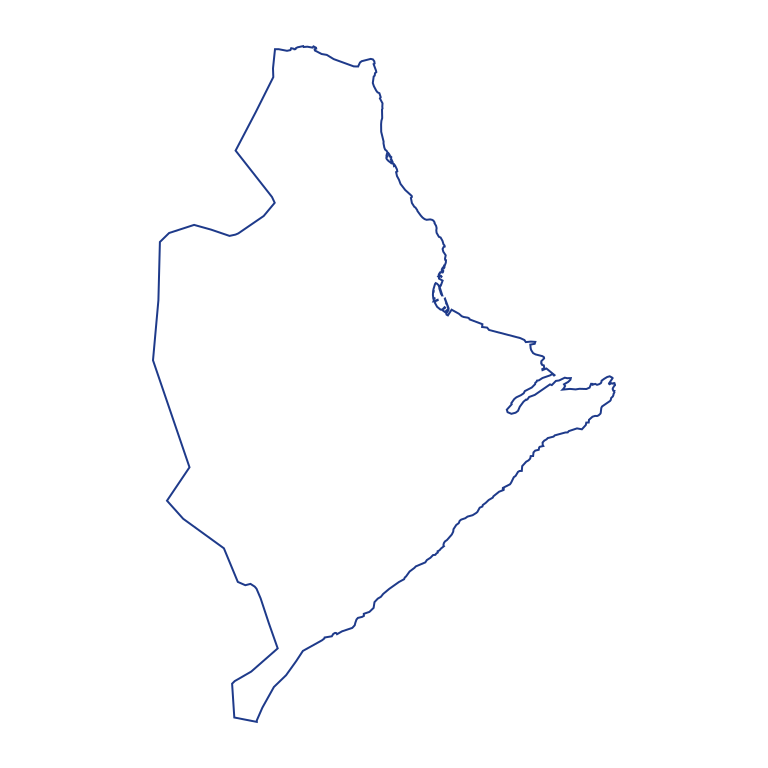 Hareid nor, Møre og Romsdal, Norway (orthographic projection)
{"feature_id": "86288312B50264654015152", "entity_name": "Hareid nor", "entity_type": "district", "adm_level": 2, "iso_a3": "NOR", "parent_name": "Norway", "parent_adm1": "Møre og Romsdal", "projection": "orthographic", "projection_center": [6.014, 62.352], "detail": "fine", "context": "isolated", "style": "outline", "palette": "blue", "viewbox_px": 768, "rotation_deg": 0, "n_neighbors": 0, "source": "geoboundaries", "source_scale": "gbopen_adm2", "svg_char_len": 6082}
<svg xmlns="http://www.w3.org/2000/svg" viewBox="0 0 768 768"><path d="M256.8,721.9L256.8,720.4L262.4,707.6L273.9,687.0L286.1,675.2L296.2,661.1L302.9,650.9L322.0,640.3L324.3,638.5L324.6,637.5L331.8,636.3L333.3,633.9L335.1,632.9L336.3,633.1L337.0,634.2L342.1,631.3L352.3,627.9L354.7,625.3L355.4,622.6L356.5,619.5L357.9,617.9L362.1,616.9L363.9,615.9L363.8,613.8L369.4,611.9L373.6,607.9L374.5,602.1L377.8,598.6L380.9,596.8L383.2,593.9L389.2,588.9L399.1,581.9L404.1,579.2L404.8,577.5L406.0,576.5L409.6,571.5L414.4,567.9L415.8,566.4L425.3,562.4L426.8,560.1L430.5,557.7L433.0,555.1L435.4,554.8L436.1,553.7L437.8,552.5L437.6,551.3L439.5,550.3L441.0,548.5L443.9,546.2L443.5,545.8L443.5,544.6L443.9,543.1L444.9,541.5L447.0,540.0L451.8,534.5L453.2,531.7L453.5,529.2L456.3,524.9L458.7,523.2L459.7,520.8L461.2,519.6L465.3,518.2L467.5,516.6L472.6,515.2L476.3,512.9L477.4,511.9L479.7,507.7L482.4,506.5L482.8,505.0L485.7,502.9L488.7,500.0L492.8,497.6L493.4,496.3L499.1,491.7L503.6,490.0L503.7,489.4L502.8,489.5L502.9,487.9L510.0,484.3L511.1,482.7L513.8,477.2L515.6,475.9L518.0,471.9L519.5,471.0L521.8,470.9L522.2,466.1L526.2,461.7L528.5,460.4L530.2,458.6L530.7,456.1L533.1,456.0L533.5,452.4L535.2,450.6L538.7,449.8L539.2,447.4L539.8,446.8L543.3,446.0L542.7,444.9L542.6,442.5L544.3,440.6L546.6,439.3L547.7,438.1L553.6,436.6L554.7,435.4L565.3,432.5L567.7,432.4L568.8,431.1L577.0,428.4L581.9,429.3L585.8,425.0L586.3,422.6L588.7,422.5L589.0,419.8L592.5,416.7L595.1,415.9L597.1,416.0L598.5,415.4L600.3,413.8L600.7,413.0L601.3,408.0L602.0,406.5L610.0,401.0L610.6,400.3L611.3,397.8L612.8,396.5L613.5,394.8L613.5,394.0L614.4,392.4L614.1,391.3L614.3,390.9L613.3,390.7L612.7,389.1L612.8,388.3L614.0,386.2L615.0,385.2L615.0,384.8L614.4,384.1L614.6,383.3L614.2,383.0L612.5,383.6L611.7,383.2L609.6,384.2L609.4,384.0L609.8,383.6L609.2,383.8L609.0,383.4L612.6,378.2L612.5,377.8L609.7,376.3L607.2,377.0L604.2,378.8L601.6,380.7L601.4,382.0L600.8,383.2L599.1,384.2L597.0,384.8L595.2,383.9L592.7,384.7L592.6,383.9L591.1,383.8L589.6,387.6L586.4,389.0L579.5,388.8L575.6,389.4L569.9,388.9L562.6,389.6L563.9,388.2L565.1,386.0L564.0,384.3L568.2,381.9L570.4,379.8L570.8,378.1L567.2,378.2L564.8,377.7L559.0,380.5L555.9,380.9L551.8,385.1L550.0,384.4L534.8,394.9L529.1,397.0L527.5,399.3L526.4,399.9L526.0,399.6L523.5,401.7L519.8,406.7L518.0,410.9L515.6,412.7L511.4,413.8L507.6,412.2L506.8,409.7L511.7,404.3L511.3,403.2L514.2,399.1L516.4,397.3L520.9,395.2L523.7,393.3L524.8,391.1L531.8,387.5L535.1,384.2L535.3,382.8L536.5,381.8L537.0,380.6L538.8,380.4L542.5,378.0L550.0,375.4L552.4,374.0L554.0,375.5L554.5,375.1L546.4,368.5L542.5,370.1L542.3,369.1L544.0,368.3L544.2,367.5L543.8,365.4L542.1,364.9L541.3,363.6L541.6,363.2L541.2,362.3L541.4,361.1L544.1,358.4L544.0,357.3L542.5,356.2L535.5,354.4L533.1,353.1L531.3,350.3L530.7,348.5L530.3,344.6L534.7,343.8L535.3,341.9L530.8,341.6L525.8,342.1L524.4,340.0L520.3,338.1L489.1,330.0L487.1,327.6L482.1,327.0L482.4,324.2L469.6,319.4L469.3,318.5L467.9,317.7L463.7,317.0L461.7,316.2L459.0,313.8L451.6,309.7L447.9,315.4L446.6,314.7L446.2,313.6L448.4,310.3L448.6,308.3L445.0,298.6L444.8,298.8L446.4,303.0L446.1,303.2L446.4,303.8L446.7,303.7L448.1,307.8L448.2,308.3L447.9,309.3L444.9,312.0L442.2,310.0L443.9,308.3L444.5,308.4L445.1,307.7L444.6,307.2L442.3,309.6L440.5,309.6L437.1,306.8L434.5,302.1L434.9,301.9L434.6,301.5L437.7,300.2L437.6,299.8L434.3,301.1L434.1,300.6L433.7,300.8L433.9,300.3L433.4,298.6L435.4,298.1L433.3,298.3L432.9,294.9L433.1,291.6L433.6,291.7L433.7,291.1L433.2,291.0L433.5,289.1L435.0,284.1L435.7,283.1L437.1,283.8L438.6,285.3L439.8,288.9L439.5,289.0L439.7,289.6L440.0,289.5L440.5,290.9L440.2,291.0L440.4,291.7L440.7,291.6L441.2,292.9L440.8,293.1L441.0,293.7L441.4,293.6L441.9,295.4L442.3,295.4L439.8,287.6L440.0,286.5L440.6,285.3L440.9,285.4L442.6,280.6L439.0,278.6L439.0,277.3L438.2,276.5L438.8,276.1L438.7,275.7L438.9,275.5L441.3,276.9L441.5,276.6L440.9,276.2L441.6,276.3L438.8,274.7L438.8,274.4L440.0,272.5L441.4,273.0L440.8,272.5L442.2,270.0L442.8,270.3L443.0,271.0L442.7,271.9L442.0,272.8L442.8,272.4L443.2,271.3L443.2,270.3L441.9,269.2L442.8,267.6L444.0,268.1L444.3,267.7L444.5,267.0L444.0,266.4L444.1,265.5L444.8,265.4L445.8,262.7L446.0,260.2L445.2,259.9L445.0,258.7L445.7,255.3L443.3,251.7L442.6,249.0L443.6,247.0L444.7,246.6L444.5,245.5L443.5,244.3L442.5,240.9L440.6,237.5L438.9,236.8L436.6,232.8L436.3,230.3L436.6,228.1L436.1,225.9L434.5,223.1L434.6,222.4L433.4,220.6L432.0,219.8L430.1,219.4L426.6,219.8L424.6,219.1L422.5,217.5L420.8,215.6L417.5,211.1L417.2,210.1L415.4,207.5L414.3,206.8L411.9,203.0L410.9,197.9L411.9,196.9L411.7,195.9L405.2,190.0L400.5,183.9L399.0,179.8L397.0,176.1L396.1,172.1L397.3,171.4L396.9,169.3L395.1,165.6L394.0,166.1L393.9,165.5L394.4,165.1L393.9,164.0L391.9,163.4L392.7,162.2L391.3,159.1L390.8,159.3L391.8,161.8L391.7,162.3L390.8,162.7L388.5,161.0L386.9,159.3L386.4,158.3L386.4,157.2L387.3,156.7L387.4,156.1L386.5,155.6L386.9,153.9L387.9,153.4L389.0,154.6L390.1,156.8L391.2,157.5L391.3,157.1L390.1,156.0L389.3,154.4L388.2,152.9L387.3,153.0L387.3,152.1L386.6,150.8L385.1,149.6L384.3,147.5L383.5,143.3L383.6,141.6L381.2,131.8L381.1,124.2L381.4,120.8L382.2,118.1L382.0,109.5L382.5,108.5L382.3,106.8L382.5,103.3L379.9,98.4L380.7,97.2L379.4,93.2L377.5,92.3L376.2,90.6L373.9,86.2L372.8,83.0L373.7,76.5L374.7,75.6L375.0,73.2L376.3,72.1L376.0,70.6L373.6,64.1L374.6,63.5L374.3,61.3L372.9,59.4L370.7,58.9L361.7,61.2L360.0,62.5L358.1,66.5L353.8,66.4L333.7,59.1L326.8,54.9L321.6,54.0L314.9,50.5L314.6,49.2L316.2,48.6L316.0,47.7L313.5,46.4L312.4,47.6L307.4,46.7L303.6,47.0L303.2,46.1L297.6,47.3L296.0,48.1L295.5,49.1L294.3,49.3L293.9,48.8L291.2,48.2L290.4,50.1L287.0,50.8L278.7,49.2L275.0,49.2L273.0,68.4L273.3,77.1L255.8,112.0L235.6,150.6L272.0,197.0L274.7,202.8L263.7,216.0L238.3,233.4L235.5,234.6L229.5,235.9L211.0,229.6L194.1,224.9L169.1,233.0L159.9,242.0L158.4,300.3L153.0,360.3L189.5,467.3L167.0,500.7L183.2,518.8L223.9,548.3L237.8,581.9L245.3,585.2L250.5,583.9L254.7,586.6L256.5,588.7L260.6,598.3L268.8,623.1L277.7,648.4L251.2,671.6L234.7,681.1L232.1,683.7L234.3,717.5L256.8,721.9Z" fill="none" stroke="#1e3a8a" stroke-width="2"/></svg>